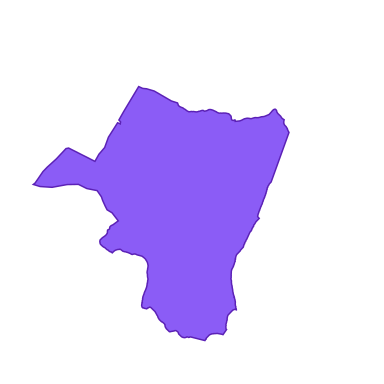 outline of Belen, Heredia, Costa Rica, rotated 44°
{"feature_id": "36466004B97828735780055", "entity_name": "Belen", "entity_type": "district", "adm_level": 2, "iso_a3": "CRI", "parent_name": "Costa Rica", "parent_adm1": "Heredia", "projection": "robinson", "projection_center": [-84.175, 9.985], "detail": "fine", "context": "isolated", "style": "filled", "palette": "violet", "viewbox_px": 384, "rotation_deg": 44, "n_neighbors": 0, "source": "geoboundaries", "source_scale": "gbopen_adm2", "svg_char_len": 6057}
<svg xmlns="http://www.w3.org/2000/svg" viewBox="0 0 384 384"><g transform="rotate(44 192 192)"><path d="M258.7,164.3L256.6,164.1L256.1,163.9L254.7,161.5L254.4,160.6L253.7,159.5L253.5,158.4L253.1,158.1L253.0,157.6L252.8,157.3L252.7,156.8L252.3,156.0L252.1,155.5L251.6,154.6L251.6,154.0L251.1,153.2L250.9,152.2L250.5,151.3L249.9,150.5L249.7,149.5L249.4,149.3L249.2,148.5L248.9,148.2L248.5,147.4L248.5,146.8L248.3,146.4L248.0,146.1L248.0,145.6L247.6,144.7L247.3,144.5L247.2,144.0L246.9,143.1L246.6,142.7L246.4,142.2L246.1,141.9L246.1,141.4L245.5,140.7L245.2,139.8L244.9,139.5L244.5,138.7L244.2,138.4L244.2,137.9L243.6,137.3L243.2,136.6L243.2,136.0L242.8,135.5L242.6,135.0L242.5,134.0L242.0,132.5L242.0,129.9L220.5,82.0L220.3,81.7L219.9,81.7L219.5,81.5L219.0,81.4L217.4,80.7L216.9,80.6L216.6,80.2L214.8,79.8L214.3,79.6L212.4,79.6L210.8,79.1L210.5,78.8L210.0,78.7L209.8,78.3L208.8,77.2L208.1,76.0L206.0,76.4L204.6,76.3L203.2,75.9L199.2,75.9L197.5,75.5L196.3,74.7L195.4,74.5L194.8,74.5L194.2,74.7L193.7,75.5L193.4,76.3L193.4,78.5L193.5,79.1L193.6,82.7L191.8,86.9L191.2,87.9L189.5,89.9L189.1,90.8L188.0,92.5L187.0,93.5L185.7,94.6L184.7,96.2L183.8,97.9L182.6,99.0L182.1,99.2L180.6,100.4L180.1,101.0L178.8,103.0L177.7,106.2L176.9,107.8L174.0,111.2L173.6,110.7L173.0,110.3L172.5,110.7L172.1,111.7L171.8,112.0L171.0,112.4L170.2,112.4L169.4,111.9L168.7,111.3L167.5,110.4L166.7,110.2L164.0,110.2L163.3,110.7L162.1,111.4L161.3,111.9L161.1,112.2L160.0,113.1L158.5,114.8L157.8,115.3L156.9,116.3L156.5,116.6L154.7,117.3L153.7,117.4L153.5,117.6L153.1,117.6L151.8,118.1L150.2,118.6L148.3,119.6L147.1,120.7L146.8,121.2L146.7,121.8L146.5,122.1L146.3,123.0L145.7,123.9L145.6,124.2L145.0,124.9L145.0,125.1L144.2,125.4L143.5,125.5L143.2,125.7L142.6,126.3L141.8,127.7L141.8,127.9L141.1,129.0L140.9,129.1L140.4,130.2L139.5,131.4L137.0,133.2L136.5,133.9L135.7,134.4L134.2,136.3L133.9,136.5L132.1,137.1L131.4,137.1L130.6,137.3L129.8,137.3L128.5,137.7L127.2,137.8L126.4,138.1L125.8,138.4L123.8,139.1L122.1,139.2L121.0,138.6L119.7,138.0L113.8,140.9L94.7,145.6L87.6,149.3L84.6,151.7L80.4,153.2L87.0,181.7L89.4,191.0L92.0,191.2L92.5,192.1L93.1,192.8L90.4,193.9L93.8,210.6L98.3,220.7L98.8,229.4L100.9,237.4L72.7,246.1L71.2,248.3L71.4,262.7L70.6,274.6L70.6,280.8L72.9,294.5L72.6,296.8L78.9,293.6L88.1,285.8L97.0,273.4L105.0,265.4L113.9,262.6L122.8,256.9L130.2,258.4L133.7,260.2L139.5,262.5L143.3,263.8L148.9,262.5L159.0,264.0L157.9,270.5L157.2,272.3L157.1,273.8L157.2,274.2L157.6,274.9L158.2,275.6L158.3,275.8L158.3,276.3L157.8,277.6L157.8,278.2L158.1,278.5L158.6,279.2L159.1,279.6L159.5,280.3L159.6,280.7L159.8,280.8L159.8,281.3L160.0,282.1L159.9,284.0L159.5,286.3L159.3,286.9L159.2,290.3L159.6,291.0L160.4,292.0L161.1,292.3L161.7,292.9L162.6,293.2L165.5,293.2L167.2,292.9L167.7,292.6L170.8,292.5L172.3,292.1L173.8,292.1L174.5,291.8L175.0,291.7L175.5,291.2L176.9,291.2L177.0,288.8L177.3,287.2L178.4,285.1L178.5,285.0L178.8,284.6L179.5,283.9L179.8,283.5L179.8,283.3L180.6,282.9L183.5,282.6L184.0,282.3L185.0,281.8L185.5,281.4L186.1,281.0L186.8,280.7L188.1,280.0L190.4,279.1L191.5,278.9L192.2,278.6L192.6,278.2L193.1,277.2L193.6,276.7L193.9,276.2L194.3,276.1L194.7,275.8L196.1,275.4L200.6,272.9L203.4,272.6L205.2,272.6L206.0,272.8L206.6,273.1L207.2,273.1L209.1,273.8L211.2,275.2L211.5,275.3L211.6,275.6L212.5,276.6L213.5,278.2L213.9,278.6L214.2,279.2L215.3,280.8L215.8,281.2L215.9,281.4L217.1,282.1L217.2,282.3L217.7,282.7L218.1,283.2L219.3,284.2L220.9,285.2L221.3,286.0L221.7,286.5L221.8,286.8L222.5,287.5L223.1,288.4L223.1,288.7L223.4,288.8L223.5,289.1L223.9,289.6L224.2,290.2L224.4,290.3L225.6,292.3L225.8,292.9L226.0,293.1L226.3,294.1L226.6,294.6L227.5,297.2L228.4,298.9L228.6,299.5L229.7,301.9L230.2,302.3L230.4,302.9L230.9,303.3L231.3,303.8L231.5,304.4L231.9,304.8L232.0,305.1L232.9,306.0L232.9,306.3L233.2,306.3L233.2,306.6L233.8,307.6L234.6,308.6L236.0,309.5L237.2,309.5L237.7,308.9L238.3,308.9L239.6,308.1L240.1,307.7L240.6,307.5L240.8,305.9L241.1,305.7L241.4,304.4L242.0,303.9L242.5,303.7L248.7,303.7L249.5,304.1L250.1,304.1L250.6,304.4L251.2,304.5L252.1,304.9L252.7,304.9L253.8,305.3L254.8,305.9L257.1,306.5L260.4,306.5L260.9,306.1L261.8,306.1L262.1,306.0L263.3,306.0L264.5,306.1L264.6,306.4L265.1,306.6L266.1,307.4L266.7,307.6L266.9,307.8L267.7,308.0L268.3,308.0L268.6,308.2L272.8,308.2L273.6,307.4L273.7,307.1L275.3,304.9L275.6,304.4L275.6,304.1L275.9,304.0L276.2,303.4L276.8,302.8L277.1,302.7L279.4,302.5L280.2,302.9L280.6,303.2L280.9,303.2L281.1,303.4L285.1,303.4L286.7,302.8L286.9,302.5L287.4,302.3L287.8,302.0L288.1,301.7L288.5,301.0L288.9,300.2L288.9,299.9L289.1,299.6L289.6,299.3L290.4,299.1L290.8,298.7L291.2,298.1L291.2,297.7L291.7,297.2L304.5,289.9L304.3,288.9L304.3,287.8L303.9,287.6L303.8,287.1L303.8,282.9L304.1,281.9L304.5,281.1L304.5,280.7L305.4,279.6L305.7,279.4L305.8,279.0L306.4,278.4L307.1,277.7L308.4,276.2L312.1,273.7L313.4,273.1L312.4,266.9L311.6,266.9L309.7,265.2L309.4,264.5L308.4,263.7L307.1,261.3L306.4,260.5L306.3,259.8L305.3,258.7L304.9,258.3L303.8,256.5L303.5,255.8L303.4,255.0L303.4,249.2L303.5,248.4L304.1,247.0L304.6,246.4L305.2,246.0L306.4,246.2L305.8,246.0L304.8,245.2L304.1,245.0L303.0,243.9L302.3,243.7L300.7,242.3L299.6,241.0L298.4,240.2L298.0,239.8L296.3,238.9L295.9,238.5L295.2,238.5L294.9,237.8L294.2,237.6L292.3,236.5L291.7,236.0L290.4,235.2L289.3,234.2L286.8,232.4L286.2,231.8L284.9,231.1L283.1,229.6L282.1,228.5L280.1,227.3L279.9,226.6L279.4,226.2L278.1,224.7L277.6,224.3L277.2,223.8L275.1,221.4L274.8,220.7L274.3,220.1L274.3,219.3L274.0,218.9L273.9,218.1L273.6,217.4L273.4,216.6L272.9,216.0L272.8,215.2L272.4,214.6L271.3,212.4L271.2,211.8L270.6,211.4L270.1,210.7L269.9,209.9L269.3,209.7L269.1,209.1L268.4,208.0L267.8,206.6L267.6,205.8L267.6,200.8L267.3,200.2L267.2,196.0L266.8,195.4L266.5,194.6L266.1,194.2L265.8,193.4L265.8,192.6L265.2,192.0L265.0,191.3L265.0,190.5L264.7,189.8L264.3,189.1L264.3,188.3L264.0,187.5L261.6,180.7L261.6,179.0L261.3,178.6L261.3,177.8L260.5,176.4L260.5,175.6L260.2,175.2L260.2,174.3L260.0,173.6L259.4,173.0L259.3,171.4L258.7,169.0L258.7,164.3Z" fill="#8b5cf6" stroke="#5b21b6" stroke-width="1.5"/></g></svg>